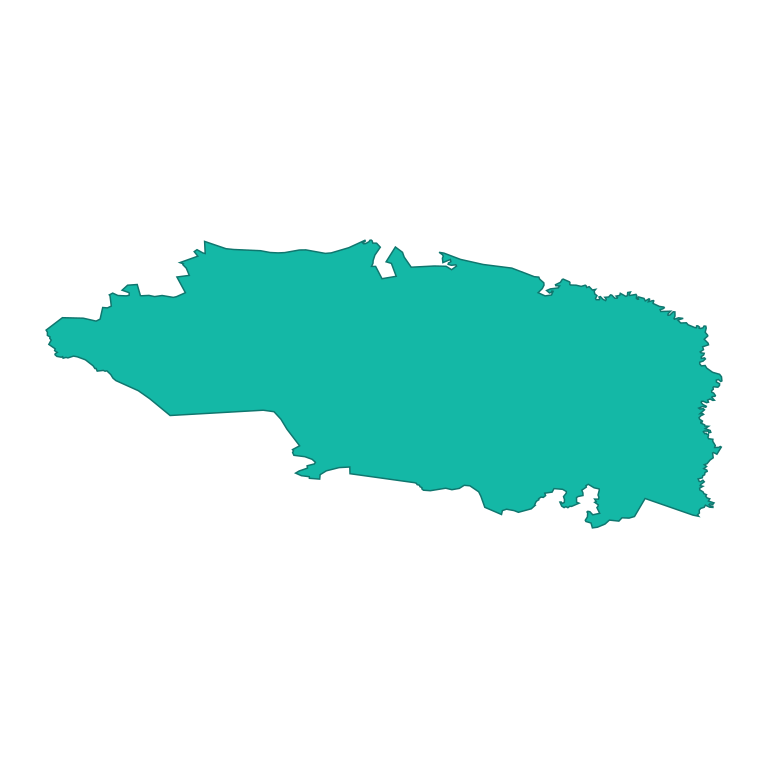 the district of Amatas pag., Amatas, Latvia
{"feature_id": "27541924B93502282845700", "entity_name": "Amatas pag.", "entity_type": "district", "adm_level": 2, "iso_a3": "LVA", "parent_name": "Latvia", "parent_adm1": "Amatas", "projection": "robinson", "projection_center": [25.362, 57.163], "detail": "fine", "context": "isolated", "style": "filled", "palette": "teal", "viewbox_px": 768, "rotation_deg": 0, "n_neighbors": 0, "source": "geoboundaries", "source_scale": "gbopen_adm2", "svg_char_len": 6092}
<svg xmlns="http://www.w3.org/2000/svg" viewBox="0 0 768 768"><path d="M534.3,276.7L511.8,268.1L483.3,264.5L460.5,259.4L443.9,253.1L439.1,252.3L442.7,254.9L443.2,256.4L442.4,258.2L442.9,262.6L450.4,259.5L450.9,261.7L448.5,263.0L448.1,264.3L451.3,265.3L455.8,264.8L456.5,266.1L451.6,269.7L446.1,266.3L434.3,266.0L411.2,267.2L404.2,257.1L402.5,252.3L395.4,247.0L386.1,261.8L391.4,263.4L396.2,276.3L382.0,278.7L375.6,266.4L371.5,266.4L373.0,263.2L373.1,260.7L374.9,255.1L380.3,247.2L376.6,243.2L372.8,243.1L372.1,240.8L371.2,240.1L370.0,240.2L368.9,241.8L365.6,243.6L363.7,243.8L362.1,242.4L364.6,241.9L365.3,241.0L364.9,240.3L348.8,247.7L331.2,252.9L325.3,253.4L305.9,249.9L299.4,250.0L284.7,252.6L278.2,252.9L270.1,252.5L260.5,250.7L233.7,249.5L226.0,248.7L204.6,241.4L205.2,253.5L203.0,253.0L197.0,249.7L194.2,251.6L197.8,256.2L179.9,262.6L183.4,263.8L182.9,264.7L186.3,268.2L189.3,275.4L176.9,277.0L185.4,292.7L176.4,296.7L173.3,297.4L162.1,295.5L154.6,296.6L149.0,295.4L141.3,295.8L140.4,295.6L137.2,284.5L127.6,285.2L122.1,290.2L128.6,292.5L129.3,293.1L129.1,295.3L126.3,295.9L117.9,295.5L112.7,293.1L109.3,294.9L110.0,295.7L111.3,306.1L107.4,307.9L102.7,307.5L100.1,319.1L96.1,321.1L83.3,318.2L62.4,317.7L46.1,330.1L47.4,332.1L47.4,335.4L50.0,336.9L49.8,338.4L51.2,340.1L48.8,344.4L55.2,348.8L54.6,350.6L57.3,352.4L55.1,353.9L55.0,354.7L56.9,356.4L61.3,357.2L62.6,356.7L63.1,358.2L66.0,357.4L67.9,357.9L73.5,356.1L77.3,356.8L85.4,359.8L93.1,365.8L94.9,368.5L96.1,368.5L97.2,371.1L103.3,370.4L105.1,371.2L106.8,370.8L110.7,374.5L113.0,378.2L115.9,380.6L138.3,390.7L149.7,398.7L170.1,415.5L263.2,410.2L274.0,411.7L280.9,419.2L286.9,429.1L299.6,445.8L292.5,449.6L293.5,450.9L292.6,452.5L293.9,455.3L304.9,456.7L312.1,459.3L315.4,462.3L314.4,463.9L307.1,465.8L307.5,468.1L299.1,471.0L295.6,473.1L301.4,475.7L309.3,476.7L309.4,478.3L319.7,479.1L320.1,474.7L326.4,470.8L339.1,467.6L349.8,467.0L350.0,473.7L414.7,482.7L416.4,483.3L417.1,484.6L419.4,485.2L420.0,486.7L421.9,487.6L421.9,488.9L423.4,490.2L430.3,490.7L445.7,488.2L451.9,489.7L459.3,488.4L464.2,485.3L469.9,485.8L478.7,491.8L480.9,496.3L484.8,507.3L501.5,514.5L502.4,510.6L506.5,509.2L514.1,510.6L518.4,512.3L531.3,508.8L535.2,505.3L534.6,505.0L535.7,502.4L536.6,501.1L538.9,499.7L538.6,498.8L541.0,497.1L543.3,497.4L545.6,495.6L544.7,493.2L552.1,492.1L554.0,488.6L562.6,489.3L566.3,491.5L566.3,493.1L563.5,496.6L564.5,499.5L564.3,502.4L562.5,503.4L561.2,502.0L559.9,502.1L561.7,506.1L564.1,507.6L565.9,506.6L567.9,507.7L569.7,506.3L571.6,506.4L579.0,503.2L576.6,502.2L576.5,497.6L578.1,496.5L583.0,495.5L582.9,492.9L581.8,490.2L586.3,487.1L586.0,485.6L588.3,484.3L594.1,487.8L599.1,488.9L599.3,490.1L598.0,495.0L598.9,497.3L598.5,499.2L594.6,499.1L596.3,501.6L594.7,502.3L598.2,504.8L598.0,506.3L596.9,507.6L599.7,513.3L592.8,514.8L589.9,511.7L587.8,511.3L587.0,512.0L587.7,513.1L587.4,517.0L585.3,520.2L585.9,521.5L591.0,523.0L592.4,527.9L597.5,527.2L605.1,524.0L609.4,520.1L618.9,521.1L622.0,517.8L629.1,518.1L634.5,516.5L645.1,498.5L692.9,515.1L698.7,516.3L697.5,514.8L699.4,513.0L699.2,510.2L700.7,508.4L704.2,507.3L705.4,505.2L709.7,507.2L712.9,507.4L712.9,506.3L710.1,505.7L709.1,504.5L709.9,503.9L712.8,504.4L714.0,502.9L708.4,501.0L709.8,498.8L707.2,498.0L705.6,496.1L706.5,494.7L704.0,493.7L703.0,491.8L699.8,489.9L699.6,488.2L702.9,486.3L700.2,485.6L700.6,484.6L704.3,481.8L702.9,480.2L700.7,481.6L699.2,481.4L698.1,478.9L702.3,477.8L702.8,475.7L704.6,474.8L705.0,472.4L707.2,471.4L706.9,470.2L703.7,468.6L706.6,466.5L704.3,464.7L707.0,463.7L710.1,460.0L713.2,457.8L712.6,453.0L713.5,452.5L716.9,454.2L721.3,447.1L720.3,446.5L718.8,447.4L714.6,447.5L715.3,445.5L712.7,441.2L712.9,439.3L708.6,438.7L707.8,437.0L708.5,435.8L708.3,434.3L706.6,434.2L706.0,433.2L704.9,433.7L703.3,431.8L704.1,431.1L708.1,431.1L708.8,432.8L710.8,432.3L710.2,430.5L705.2,428.6L708.6,426.3L704.8,426.0L704.7,424.9L700.8,423.0L700.8,422.1L702.2,422.0L702.5,421.1L699.7,419.3L699.0,417.7L700.8,415.8L703.6,414.4L702.7,413.6L700.0,413.7L704.5,409.8L703.3,408.7L699.9,409.0L698.7,408.1L702.3,406.6L705.8,407.2L706.3,406.3L702.7,404.4L701.2,402.6L701.5,401.4L703.2,401.3L706.6,402.7L708.5,402.2L707.6,400.1L710.0,399.0L712.8,400.4L714.4,400.2L711.8,397.4L712.2,396.6L715.0,396.3L715.4,395.5L713.6,393.0L711.8,392.3L711.6,390.7L713.3,389.3L713.0,387.4L713.7,386.8L717.9,387.2L719.5,385.5L719.6,383.7L716.4,382.0L716.3,380.1L718.4,379.5L720.8,381.5L721.9,380.9L721.5,376.8L719.6,374.3L712.6,372.3L706.7,368.1L705.1,365.5L701.4,365.9L699.7,363.9L699.7,362.2L703.1,361.1L705.4,358.9L704.6,357.9L701.3,358.4L701.2,356.7L703.7,354.9L704.2,353.3L701.0,352.8L700.2,351.9L703.5,349.7L702.6,346.8L708.5,344.8L708.1,343.2L704.2,339.2L707.7,336.1L707.7,335.3L705.2,332.3L706.2,328.1L705.8,326.2L704.1,326.0L702.9,327.9L700.1,328.5L699.1,328.1L699.5,327.1L697.8,325.8L696.6,325.9L696.4,327.7L694.9,327.6L688.1,324.8L686.4,322.8L680.7,323.0L677.8,320.1L683.2,318.4L678.5,317.8L674.4,319.2L674.0,318.6L675.0,316.0L674.9,311.9L673.2,311.8L669.8,315.1L668.2,315.3L667.8,315.0L668.2,313.7L670.7,311.2L660.8,311.5L660.1,309.6L662.8,308.9L664.3,307.8L663.9,307.1L659.4,306.4L653.8,303.8L653.0,303.2L653.8,300.9L653.3,300.5L648.4,301.7L649.6,299.2L649.0,298.8L645.3,300.9L644.0,298.4L638.5,296.9L637.8,297.2L638.4,299.2L637.5,299.3L636.3,298.2L636.7,295.5L636.0,294.4L629.7,295.5L629.1,294.9L630.5,292.0L627.7,292.5L627.4,295.6L625.9,296.4L620.3,293.3L619.7,295.4L616.1,296.1L617.5,297.5L617.2,298.2L614.8,298.2L611.7,295.1L610.5,294.9L608.7,297.0L604.8,297.3L606.3,299.1L605.6,300.6L602.9,299.3L600.4,296.6L599.0,297.0L599.7,298.9L599.3,299.7L596.2,299.7L595.5,298.3L597.0,295.7L594.7,293.8L594.2,291.1L595.6,289.4L592.4,290.0L589.2,286.7L586.7,287.5L586.0,285.6L585.2,285.2L581.2,286.4L576.2,285.2L570.5,285.0L569.8,284.4L569.9,282.4L569.4,281.8L563.2,279.1L562.2,279.5L560.4,282.3L555.5,284.7L555.8,285.7L559.6,286.0L558.2,287.9L550.3,288.9L546.6,290.5L549.5,293.0L551.0,292.6L551.9,291.0L553.1,291.3L551.5,295.0L545.1,295.9L538.1,292.7L542.3,288.6L544.0,285.2L543.8,282.8L539.7,279.2L538.8,277.1L534.3,276.7Z" fill="#14b8a6" stroke="#0f766e" stroke-width="1.5"/></svg>